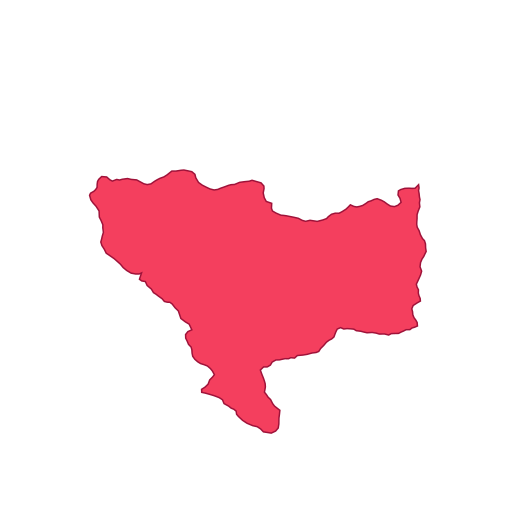 Bauru, São Paulo, Brazil (Natural Earth projection), rotated 302°
{"feature_id": "56859067B67104072905137", "entity_name": "Bauru", "entity_type": "district", "adm_level": 2, "iso_a3": "BRA", "parent_name": "Brazil", "parent_adm1": "São Paulo", "projection": "natural_earth1", "projection_center": [-49.125, -22.239], "detail": "fine", "context": "isolated", "style": "filled", "palette": "rose", "viewbox_px": 512, "rotation_deg": 302, "n_neighbors": 0, "source": "geoboundaries", "source_scale": "gbopen_adm2", "svg_char_len": 3826}
<svg xmlns="http://www.w3.org/2000/svg" viewBox="0 0 512 512"><g transform="rotate(302 256 256)"><path d="M402.6,356.1L397.7,355.0L396.1,352.6L394.5,349.7L392.2,346.3L389.0,343.5L386.7,342.3L383.0,344.1L381.2,347.6L378.4,350.6L374.3,349.5L371.3,347.3L369.6,343.5L369.6,339.7L369.9,336.1L369.7,332.7L368.8,328.4L366.6,326.2L363.7,324.3L361.5,322.4L358.9,321.4L355.4,319.7L353.1,317.7L351.0,315.5L349.9,312.7L349.4,308.9L346.5,308.3L343.4,307.5L339.4,305.6L336.3,303.8L334.3,300.5L331.4,297.9L327.7,296.5L325.1,296.0L322.0,293.6L317.8,289.6L314.9,282.9L311.7,279.7L310.7,276.3L310.4,271.9L308.9,267.6L307.8,264.7L306.2,260.5L305.1,258.0L303.8,255.5L303.0,250.1L302.9,246.1L304.7,243.8L309.0,241.4L307.7,235.8L309.8,232.1L313.3,228.7L317.4,227.1L319.5,225.6L320.7,221.5L318.1,212.5L315.8,210.6L313.2,207.2L309.8,203.1L305.3,199.9L303.3,197.1L301.4,195.3L298.0,192.7L294.4,189.8L292.3,188.4L289.8,185.5L288.5,181.5L288.0,177.4L287.6,172.9L287.9,168.3L290.4,163.5L292.9,160.9L293.5,156.9L292.0,152.7L290.7,149.3L289.0,147.0L285.6,143.1L283.4,139.6L277.7,137.6L274.3,136.0L271.0,133.4L268.5,131.9L265.8,130.5L261.5,128.7L258.9,125.9L257.8,122.6L257.3,114.5L254.8,109.5L253.6,106.0L250.2,101.9L248.1,100.0L247.1,97.3L243.4,94.5L243.2,91.7L243.9,87.5L241.6,83.0L237.7,82.0L235.3,82.1L232.8,83.2L229.9,84.9L227.3,84.8L224.9,84.2L221.6,82.4L219.3,82.7L216.1,86.2L214.6,89.8L213.4,94.1L211.0,99.1L206.0,102.5L204.0,105.8L201.3,109.6L198.8,111.1L195.1,114.1L191.4,115.1L188.9,116.0L185.6,117.0L183.2,119.8L181.3,123.8L179.0,127.5L178.9,130.9L178.6,137.1L177.8,141.9L177.2,145.4L175.8,149.5L175.2,154.0L175.3,159.2L176.9,163.3L178.8,166.4L181.0,167.9L174.5,169.5L174.3,172.3L175.7,175.7L173.3,179.3L172.5,184.8L170.6,188.5L170.6,191.5L170.3,194.4L170.0,199.1L168.9,202.4L169.8,205.2L171.1,207.5L170.9,210.3L169.2,214.9L168.3,219.2L163.2,225.4L162.7,231.1L162.8,235.4L159.4,240.7L155.8,238.3L152.1,237.9L149.1,239.9L147.3,242.8L145.3,245.6L144.4,249.2L142.5,251.3L139.7,253.3L137.4,255.5L136.0,258.9L135.4,262.6L135.4,266.0L136.3,269.4L137.0,273.1L136.4,276.9L135.4,279.9L133.3,283.6L130.4,283.3L126.4,282.4L121.9,283.3L117.6,282.2L114.1,280.5L111.6,282.2L112.8,285.5L114.1,289.9L115.2,293.9L115.8,296.7L116.4,299.9L116.3,303.8L113.9,307.1L114.2,312.3L113.8,315.5L114.3,318.4L113.9,321.4L111.5,323.4L110.6,326.2L109.5,331.8L109.4,337.0L110.4,343.2L111.9,347.5L111.8,351.5L110.8,355.5L112.3,359.0L113.9,362.8L117.9,365.4L121.9,366.0L125.6,364.4L130.8,361.3L133.9,359.9L137.8,358.0L138.1,355.0L138.5,351.3L139.6,348.4L142.0,344.4L142.7,341.0L144.0,338.2L145.0,335.3L147.6,334.3L150.0,333.3L152.6,331.4L154.4,329.4L156.2,327.2L158.9,323.5L161.6,320.1L165.9,321.2L168.0,324.4L171.1,326.0L174.6,325.9L178.4,328.0L180.4,331.0L182.4,333.0L184.3,335.0L186.1,338.0L188.2,339.4L189.9,342.8L193.5,343.8L196.9,348.3L199.7,351.5L203.4,354.9L206.0,358.1L208.3,359.8L211.7,359.8L216.0,360.8L220.2,361.4L223.5,362.7L225.7,364.1L228.6,365.0L231.4,364.4L234.1,363.9L237.1,363.6L240.1,365.7L240.6,369.1L242.7,371.7L244.4,374.9L245.8,377.7L245.8,380.6L247.7,384.7L248.6,387.6L249.7,390.8L252.7,395.0L254.3,398.8L255.1,401.8L258.0,406.4L259.3,410.4L261.8,411.8L263.4,414.1L265.9,417.9L268.3,419.3L270.6,420.9L273.0,422.3L275.1,425.5L277.7,426.5L279.7,428.3L282.2,430.0L285.0,427.9L286.4,425.3L287.4,422.7L289.3,420.1L291.7,418.3L293.8,416.1L297.3,415.5L301.8,417.6L304.9,419.3L307.0,417.7L308.8,415.1L310.6,413.3L313.4,411.7L315.1,408.9L317.1,406.9L322.1,406.3L327.1,405.6L330.9,404.5L333.8,400.8L337.7,399.0L341.5,398.4L344.5,398.5L346.9,398.2L350.0,397.9L352.7,395.6L356.1,393.3L358.3,390.7L359.0,387.9L361.2,384.1L363.9,380.9L365.8,377.5L367.9,375.6L370.1,374.3L373.0,372.8L376.4,370.7L379.7,369.8L384.5,368.9L387.7,366.4L390.7,365.2L392.7,363.3L395.4,361.2L397.6,359.2L400.1,358.2L402.6,356.1Z" fill="#f43f5e" stroke="#9f1239" stroke-width="1.5"/></g></svg>